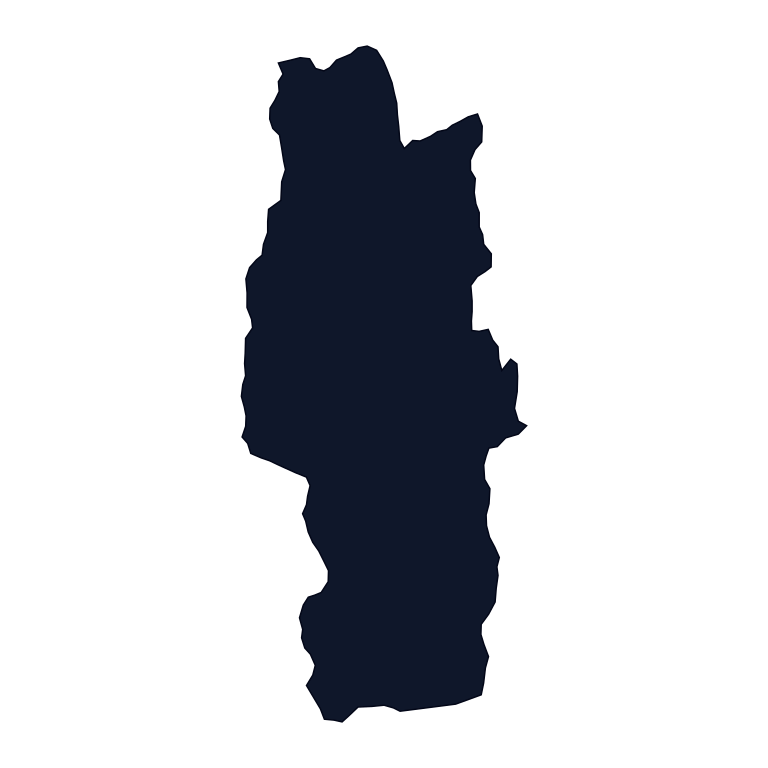 outline of Pomerode, Santa Catarina, Brazil
{"feature_id": "56859067B15210234936613", "entity_name": "Pomerode", "entity_type": "district", "adm_level": 2, "iso_a3": "BRA", "parent_name": "Brazil", "parent_adm1": "Santa Catarina", "projection": "equal_earth", "projection_center": [-49.174, -26.727], "detail": "fine", "context": "isolated", "style": "filled", "palette": "ink", "viewbox_px": 768, "rotation_deg": 0, "n_neighbors": 0, "source": "geoboundaries", "source_scale": "gbopen_adm2", "svg_char_len": 2140}
<svg xmlns="http://www.w3.org/2000/svg" viewBox="0 0 768 768"><path d="M324.4,719.2L334.0,720.1L342.1,721.9L348.7,715.9L358.1,707.0L371.9,706.4L384.1,705.2L393.5,707.9L400.1,711.2L455.7,704.1L481.2,694.8L483.6,683.1L485.4,667.9L488.5,656.6L483.9,644.4L480.9,634.5L481.2,624.3L488.6,614.2L495.1,602.0L496.2,588.3L498.0,575.4L496.9,566.8L499.3,557.5L494.8,547.3L489.5,537.3L486.5,525.7L486.1,514.9L489.0,503.8L489.9,488.7L484.6,479.4L483.7,465.0L486.1,456.1L488.9,448.1L497.3,446.6L505.6,437.9L518.3,434.1L526.6,425.7L518.3,421.2L514.5,408.4L517.2,391.6L517.6,376.2L516.9,364.0L510.7,359.2L501.8,370.5L498.7,358.9L498.0,346.8L492.7,340.1L488.2,329.4L479.1,331.4L471.7,330.5L471.4,321.0L472.1,311.7L472.1,300.9L470.8,285.5L477.3,276.5L485.3,271.4L491.1,266.9L491.3,253.8L483.7,244.3L482.6,234.6L479.2,227.0L479.2,212.6L475.9,204.0L474.2,192.6L475.3,178.5L470.5,170.5L470.4,160.1L475.0,149.6L481.7,141.9L482.2,126.1L477.5,114.0L468.3,116.8L460.3,121.3L452.3,125.2L446.7,129.7L437.5,131.7L430.6,136.3L420.1,141.0L412.7,140.5L404.3,148.5L399.8,140.5L398.7,126.4L397.4,114.8L396.7,103.1L394.2,92.9L392.0,82.7L387.1,69.9L383.3,61.0L376.6,50.3L367.2,46.1L358.1,47.9L350.9,54.1L344.6,56.8L336.5,60.1L329.9,67.6L323.9,70.9L315.5,68.5L309.6,58.8L300.2,57.7L290.7,60.1L278.4,63.0L283.1,74.1L278.4,81.6L279.2,91.5L274.9,100.4L270.1,108.2L269.7,119.0L272.8,128.4L279.5,135.0L281.7,148.1L283.7,161.0L285.5,169.6L281.7,181.8L280.9,200.4L268.6,209.3L267.7,221.5L267.7,232.6L263.5,244.3L262.1,255.2L256.5,259.8L249.6,267.6L245.9,278.9L247.1,292.9L247.0,307.5L251.6,319.2L252.6,327.9L245.6,338.3L245.2,353.4L244.6,363.6L245.6,375.8L242.8,384.5L241.4,396.4L244.3,406.9L246.1,415.9L245.7,426.3L242.1,437.0L247.7,443.4L250.8,453.4L261.3,457.9L269.5,460.7L277.5,464.5L285.8,468.3L296.0,472.9L306.4,477.1L310.1,485.6L307.6,496.2L306.5,504.7L302.6,513.7L305.7,521.1L308.2,531.9L312.8,542.4L318.8,551.0L324.0,561.4L328.5,570.6L328.2,581.7L321.2,592.5L314.6,595.2L308.3,597.2L303.3,605.1L299.5,617.8L302.7,629.4L301.6,637.8L304.8,648.0L310.4,654.2L315.3,665.3L312.8,675.1L306.5,685.5L320.4,708.8L324.4,719.2Z" fill="#0f172a" stroke="#020617" stroke-width="1.5"/></svg>